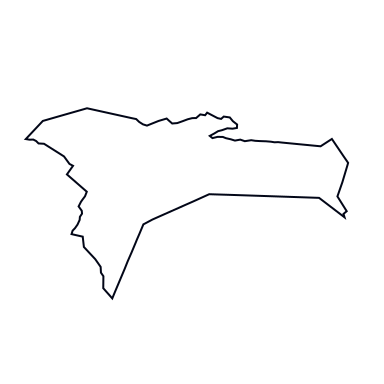 Vitória de Santo Antão, Pernambuco, Brazil (Equal Earth projection), rotated 263°
{"feature_id": "56859067B48091905918616", "entity_name": "Vitória de Santo Antão", "entity_type": "district", "adm_level": 2, "iso_a3": "BRA", "parent_name": "Brazil", "parent_adm1": "Pernambuco", "projection": "equal_earth", "projection_center": [-35.284, -8.165], "detail": "fine", "context": "isolated", "style": "outline", "palette": "ink", "viewbox_px": 384, "rotation_deg": 263, "n_neighbors": 0, "source": "geoboundaries", "source_scale": "gbopen_adm2", "svg_char_len": 1484}
<svg xmlns="http://www.w3.org/2000/svg" viewBox="0 0 384 384"><g transform="rotate(263 192 192)"><path d="M268.9,216.7L266.6,214.4L268.0,209.7L264.9,205.1L265.3,201.2L264.7,196.6L263.4,191.2L262.2,185.8L262.4,180.7L265.3,178.1L268.0,175.8L266.6,167.5L264.3,158.8L263.4,155.4L265.1,151.6L268.0,148.1L271.2,145.5L272.6,141.3L274.9,134.8L287.9,98.0L286.7,90.5L283.4,69.5L280.7,52.6L264.8,33.5L263.7,37.2L263.4,40.8L261.6,43.5L258.9,45.6L257.9,51.0L242.9,69.3L234.8,73.8L232.5,77.1L224.7,70.0L205.1,87.6L200.8,85.3L197.8,82.4L195.8,80.6L191.5,77.7L186.8,80.3L183.9,80.2L181.0,77.7L178.0,77.1L173.6,74.4L170.3,71.4L168.2,68.8L164.9,67.3L163.7,70.5L161.0,78.1L150.6,78.0L147.0,80.6L137.1,87.8L128.8,92.2L123.0,91.8L119.2,93.8L107.3,92.2L96.1,99.9L102.3,103.4L123.9,115.8L131.0,119.7L139.1,124.5L148.9,130.1L151.1,131.3L156.7,134.6L165.8,139.8L169.5,149.4L173.1,161.2L180.2,184.5L182.3,191.5L187.7,208.8L184.4,230.2L182.4,243.0L173.6,299.0L170.7,317.4L148.3,340.3L151.8,339.7L154.1,343.2L169.9,335.8L183.3,342.4L199.5,349.5L201.9,350.5L209.0,346.8L227.6,337.3L221.7,325.2L230.2,286.9L231.0,283.6L231.3,279.9L232.3,276.5L233.3,271.7L234.3,265.4L235.1,261.0L236.2,257.1L236.0,250.6L238.1,246.3L237.8,240.9L239.6,236.9L241.3,232.2L242.9,229.3L243.6,224.1L243.0,218.9L245.5,216.5L247.3,221.1L249.2,225.3L249.7,229.3L250.9,234.8L249.9,240.0L250.1,244.4L253.5,245.0L257.3,241.2L261.4,238.6L263.0,232.7L261.0,229.8L262.2,226.4L268.9,216.7Z" fill="none" stroke="#020617" stroke-width="2"/></g></svg>